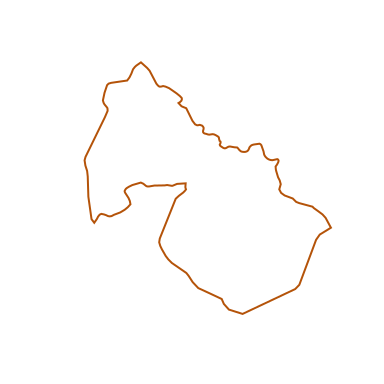 map outline of Marahoué (Robinson projection), rotated 328°
{"feature_id": "CIV-3444", "entity_name": "Marahoué", "entity_type": "Department", "adm_level": 1, "iso_a3": "CIV", "parent_name": "Ivory Coast", "parent_adm1": "", "projection": "robinson", "projection_center": [-5.831, 7.116], "detail": "fine", "context": "isolated", "style": "outline", "palette": "amber", "viewbox_px": 384, "rotation_deg": 328, "n_neighbors": 0, "source": "natural_earth", "source_scale": "10m", "svg_char_len": 2616}
<svg xmlns="http://www.w3.org/2000/svg" viewBox="0 0 384 384"><g transform="rotate(328 192 192)"><path d="M290.9,295.9L290.6,295.9L277.8,295.8L271.9,298.3L233.8,327.6L228.1,329.0L170.3,322.2L161.0,311.3L159.7,303.8L160.5,298.5L153.8,288.1L146.4,276.8L144.8,268.8L144.7,261.4L144.3,257.7L137.3,241.5L136.2,236.6L135.8,232.3L136.1,224.7L136.5,221.0L137.5,217.3L140.0,214.4L174.6,189.1L178.8,188.3L184.3,187.8L186.8,187.2L188.3,186.6L188.7,184.9L189.2,184.0L191.2,181.3L183.6,177.2L178.8,176.4L178.2,176.1L174.6,172.9L172.3,171.9L163.5,166.6L158.4,164.5L157.2,163.7L156.5,163.0L156.1,162.1L155.1,159.2L153.6,156.9L145.1,154.5L141.3,154.1L138.7,154.1L137.5,154.3L135.7,155.2L135.1,156.0L134.9,157.2L135.0,163.4L134.5,166.7L133.3,169.8L129.4,170.9L125.5,171.4L120.3,171.3L113.8,170.0L111.0,169.8L109.2,169.0L108.0,167.9L106.8,166.0L105.4,164.3L103.5,162.5L101.7,162.3L99.3,163.1L97.2,164.4L92.8,166.3L92.4,161.8L101.6,141.1L111.8,123.6L114.2,118.6L115.6,113.1L117.7,108.2L120.3,105.8L157.8,82.4L163.4,78.5L164.0,77.5L164.7,76.1L164.7,75.1L164.2,71.2L164.3,69.5L165.0,67.1L170.4,61.5L176.6,56.4L178.7,55.9L181.3,56.6L196.1,63.1L199.7,61.7L203.3,59.5L207.0,56.7L209.7,55.7L211.7,55.3L217.4,55.0L219.7,63.0L220.3,66.7L219.2,81.2L219.5,83.4L219.9,84.8L220.5,85.6L221.4,86.1L222.4,86.5L223.6,86.8L225.4,88.6L227.6,91.8L231.2,100.2L232.5,104.0L233.1,106.7L232.7,107.8L232.1,108.4L231.3,109.0L229.4,109.4L227.7,109.4L228.5,113.5L228.9,114.3L231.5,117.9L230.1,131.9L230.5,136.3L231.6,138.0L232.3,138.5L234.2,139.2L235.7,141.0L236.0,142.4L235.9,143.6L235.3,144.6L233.7,146.1L233.1,147.2L233.2,148.2L233.7,149.1L235.1,150.5L235.7,151.3L236.4,152.0L237.2,152.6L240.0,153.8L241.1,154.7L242.1,156.1L243.4,158.6L243.7,159.9L243.1,161.3L242.5,163.2L242.9,164.3L242.4,165.3L241.7,165.9L240.6,166.6L240.4,167.5L240.7,168.6L241.9,171.2L242.6,172.1L243.5,172.6L244.5,172.8L245.6,172.8L246.9,172.9L248.3,173.5L251.6,176.5L253.9,178.2L254.2,179.5L254.3,180.9L254.9,183.2L255.8,184.4L257.5,185.7L258.7,186.3L259.9,186.6L260.9,186.6L261.9,186.3L262.8,185.8L263.6,185.3L264.2,184.7L265.2,184.3L267.0,183.9L268.3,184.1L269.6,184.5L274.8,186.8L275.4,187.8L275.6,189.1L274.2,195.4L273.1,198.3L272.9,199.6L273.0,201.3L273.6,203.6L274.5,205.2L275.4,206.3L276.2,207.0L277.0,207.6L278.0,208.0L281.7,209.3L282.2,210.1L282.1,211.1L281.5,211.9L280.7,212.6L278.4,213.9L276.4,214.7L275.1,217.2L274.5,218.9L272.8,225.1L272.5,228.7L271.4,232.4L267.4,236.0L267.1,240.0L268.7,244.0L274.0,250.9L275.1,255.6L277.0,258.2L286.4,268.3L286.8,270.2L288.9,275.3L290.8,280.2L291.6,284.7L290.9,295.7L290.9,295.9Z" fill="none" stroke="#b45309" stroke-width="2"/></g></svg>